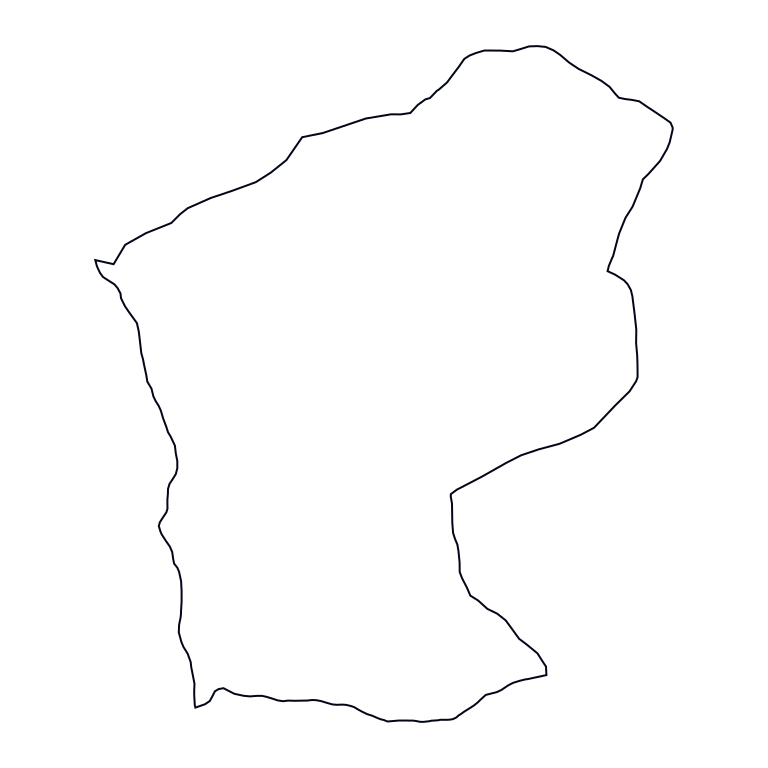 Tsakaling, Mongar, Bhutan (Mercator projection)
{"feature_id": "84629894B59294085379826", "entity_name": "Tsakaling", "entity_type": "district", "adm_level": 2, "iso_a3": "BTN", "parent_name": "Bhutan", "parent_adm1": "Mongar", "projection": "mercator", "projection_center": [91.245, 27.379], "detail": "fine", "context": "isolated", "style": "outline", "palette": "ink", "viewbox_px": 768, "rotation_deg": 0, "n_neighbors": 0, "source": "geoboundaries", "source_scale": "gbopen_adm2", "svg_char_len": 3178}
<svg xmlns="http://www.w3.org/2000/svg" viewBox="0 0 768 768"><path d="M546.4,675.1L546.0,666.6L542.1,660.7L537.5,653.4L526.3,644.2L519.1,638.8L513.2,630.6L508.6,624.3L505.6,620.3L497.1,613.6L487.4,608.9L478.0,600.4L470.4,595.7L466.7,587.2L462.0,578.1L459.7,572.0L459.6,562.5L458.5,551.3L457.4,544.7L454.9,538.6L453.1,533.0L452.3,523.0L452.0,503.6L450.7,496.2L450.9,494.1L456.8,489.7L482.0,476.6L506.2,462.9L521.1,455.3L538.6,449.4L559.5,443.8L580.9,434.7L594.0,427.8L615.1,405.6L629.6,391.3L636.2,381.1L637.6,377.0L637.5,365.3L637.2,355.5L636.1,343.1L636.3,329.6L634.6,314.0L632.4,296.4L630.9,290.1L627.7,284.3L624.0,280.3L615.0,274.6L607.6,271.2L608.8,266.1L612.2,257.8L613.1,256.1L617.2,240.5L619.1,233.6L625.5,217.8L632.6,206.6L640.2,188.3L642.9,179.3L648.4,174.0L660.1,160.9L667.0,149.0L669.7,142.3L672.7,129.4L672.6,127.5L670.5,122.6L664.1,118.1L654.9,111.9L647.0,106.7L639.2,101.3L632.0,99.9L624.8,99.0L618.8,97.7L615.4,94.0L609.6,86.9L601.6,81.0L591.5,75.3L578.8,69.0L570.5,63.5L568.6,62.1L560.3,55.0L553.6,50.4L545.6,46.9L541.2,46.5L537.6,46.1L529.0,46.4L520.4,49.1L512.9,51.3L500.2,50.6L484.4,50.5L475.7,53.1L469.4,55.6L464.3,58.9L458.6,67.1L451.6,76.3L447.1,82.4L438.6,89.8L437.0,90.7L429.9,98.1L425.5,99.3L417.8,104.9L410.3,113.0L400.7,114.4L391.1,114.3L365.9,118.5L322.9,133.0L302.2,137.2L286.4,160.1L270.8,172.6L255.9,182.1L232.2,190.8L210.7,198.0L187.7,208.2L180.2,214.1L171.3,223.0L146.0,233.1L125.2,244.8L113.6,264.2L95.3,260.1L96.9,266.2L99.9,272.7L103.0,277.0L110.4,281.8L114.5,284.4L117.6,288.1L120.5,293.5L121.0,298.2L125.0,306.3L128.7,311.7L136.9,323.1L138.8,331.6L140.2,343.5L141.3,353.2L143.0,359.2L144.0,364.5L146.3,375.2L147.3,381.6L151.5,388.7L153.4,396.4L155.7,401.2L158.7,405.9L160.8,410.5L163.2,418.6L166.4,427.1L168.0,432.2L170.6,436.5L174.9,445.6L175.8,453.4L177.3,461.0L177.3,468.3L175.8,474.1L172.7,479.1L169.5,483.9L168.0,489.0L167.9,493.9L167.4,499.4L167.4,505.0L167.5,508.6L166.4,512.3L162.9,517.5L159.9,522.2L158.8,526.0L160.4,531.4L161.6,534.2L165.8,540.8L169.8,546.5L172.2,552.0L173.2,559.1L174.1,563.6L177.4,567.8L179.1,571.9L181.1,581.2L181.6,591.3L181.6,601.8L181.0,611.6L181.0,613.4L180.6,617.4L179.1,624.8L178.8,632.4L181.4,642.0L183.5,647.0L187.6,653.6L189.0,657.4L190.7,662.1L191.2,667.0L193.1,676.6L194.5,683.8L194.2,690.1L194.2,694.9L194.8,705.3L195.4,707.6L205.1,704.2L209.8,701.0L212.7,695.7L214.9,691.3L218.6,689.1L223.5,688.2L228.1,690.6L234.4,693.8L243.7,695.8L250.0,696.4L256.6,695.9L262.2,695.9L266.4,696.8L272.6,698.7L277.7,700.4L283.1,701.2L288.1,700.6L294.7,700.8L303.8,700.6L306.6,700.6L312.3,700.0L316.4,700.2L321.1,701.1L327.0,702.9L332.3,704.4L336.6,704.8L342.3,704.6L346.2,704.9L350.5,705.9L354.4,707.2L356.9,708.8L361.5,711.4L367.1,714.1L372.4,715.8L378.1,718.3L380.8,719.3L383.8,720.0L387.5,721.5L399.3,720.5L412.9,720.6L416.0,721.0L420.0,721.8L423.3,721.9L429.4,721.2L431.4,720.7L438.1,720.3L440.3,719.8L447.2,719.8L449.5,719.7L453.0,719.1L456.5,717.4L458.5,715.5L460.8,714.1L464.1,711.7L469.1,708.6L473.9,705.5L478.1,702.1L480.6,699.6L485.8,694.9L487.8,694.4L496.9,692.1L501.5,689.9L508.3,685.3L513.2,682.8L519.7,680.8L525.3,679.4L527.7,679.1L546.4,675.1Z" fill="none" stroke="#020617" stroke-width="2"/></svg>